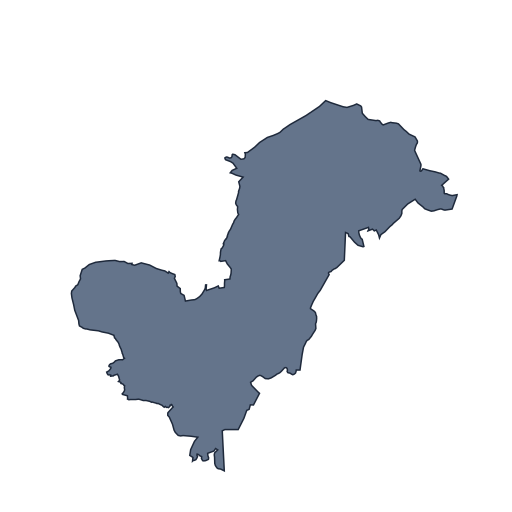 Buteni, Arad, Romania (Robinson projection), rotated 132°
{"feature_id": "2599482B88924594549942", "entity_name": "Buteni", "entity_type": "district", "adm_level": 2, "iso_a3": "ROU", "parent_name": "Romania", "parent_adm1": "Arad", "projection": "robinson", "projection_center": [22.098, 46.317], "detail": "fine", "context": "isolated", "style": "filled", "palette": "slate", "viewbox_px": 512, "rotation_deg": 132, "n_neighbors": 0, "source": "geoboundaries", "source_scale": "gbopen_adm2", "svg_char_len": 6102}
<svg xmlns="http://www.w3.org/2000/svg" viewBox="0 0 512 512"><g transform="rotate(132 256 256)"><path d="M442.2,289.3L442.9,288.0L443.3,286.6L442.9,285.8L442.4,285.4L441.7,284.3L442.6,283.6L440.4,281.7L439.8,281.8L436.6,279.9L437.3,277.7L439.4,274.4L440.1,274.2L441.3,274.2L440.7,273.0L440.4,271.9L440.5,271.5L441.1,271.1L440.5,269.9L440.2,268.7L440.5,267.6L440.3,266.9L442.0,265.7L443.2,264.2L444.2,263.6L446.0,263.2L448.0,263.2L448.2,262.6L445.9,258.0L446.7,257.2L447.6,256.2L448.3,255.8L447.9,254.3L446.7,253.3L443.3,249.5L441.0,247.5L440.2,246.1L438.8,243.0L437.0,241.1L435.1,237.7L434.6,235.8L434.1,235.6L432.1,231.6L431.9,230.7L431.1,230.2L430.3,227.3L429.8,226.0L429.9,224.7L429.8,223.0L428.5,222.8L428.5,222.0L428.4,221.2L427.9,220.9L427.6,220.5L427.4,219.7L426.4,219.5L425.3,219.4L424.4,220.0L423.9,219.6L423.0,219.6L422.8,219.1L423.2,218.6L423.6,216.5L424.6,216.6L431.4,216.6L432.2,216.1L433.5,214.9L433.7,212.7L436.9,205.5L440.2,200.4L441.1,197.9L441.4,193.8L440.2,191.7L438.2,190.0L433.5,183.8L429.6,178.0L434.9,177.7L443.6,175.0L448.5,171.8L447.9,168.1L450.9,165.9L450.0,165.8L449.0,165.0L447.6,164.4L445.8,164.7L444.1,165.3L443.6,166.6L442.6,167.2L442.1,166.1L442.0,163.7L441.4,162.2L443.0,161.0L443.8,158.7L443.2,157.7L441.8,156.5L439.0,155.3L437.7,156.1L436.7,158.0L435.0,159.9L429.1,156.8L426.1,157.2L425.7,154.7L430.0,155.0L431.7,154.0L433.2,152.2L437.8,147.8L438.9,146.0L439.6,143.3L439.4,141.8L438.0,139.7L436.9,135.8L408.5,164.1L405.8,163.0L396.9,153.1L384.7,156.4L376.9,159.6L374.6,158.5L370.4,160.6L368.4,158.2L355.7,161.5L355.7,163.5L355.1,172.7L353.5,175.5L350.8,174.7L345.8,174.7L343.8,174.2L342.2,173.4L341.6,172.3L341.2,170.3L340.9,167.1L339.0,164.6L336.5,163.2L331.6,161.7L329.7,161.4L328.0,160.6L326.7,160.2L324.8,160.0L320.1,160.0L319.3,159.5L318.7,158.7L318.8,157.6L319.7,156.3L320.9,155.7L321.4,154.4L321.0,153.5L320.3,152.4L320.0,150.5L319.6,149.2L318.4,148.6L316.6,148.3L315.0,149.0L313.8,149.8L311.3,147.0L298.3,155.8L291.9,159.7L288.9,160.5L285.6,161.5L284.2,161.5L282.9,160.9L278.6,161.1L276.4,161.6L271.8,162.3L269.8,163.0L266.5,166.4L264.8,167.0L263.6,167.8L262.0,169.0L260.4,170.5L259.5,172.3L258.4,173.8L258.1,175.1L258.1,176.1L258.7,180.3L257.9,180.9L255.1,181.9L251.4,183.1L247.5,183.9L242.6,185.0L238.5,185.3L220.9,189.2L220.5,190.3L219.9,190.9L218.8,190.8L218.2,190.3L217.3,189.8L215.8,189.9L213.0,189.2L212.6,188.8L210.5,188.2L200.1,187.5L178.6,205.2L177.7,202.5L179.3,200.0L178.8,199.0L179.8,192.1L179.8,187.4L177.5,182.6L176.7,182.2L172.5,188.3L172.7,189.6L172.1,191.3L171.4,192.9L169.9,195.2L168.5,196.5L159.5,191.6L160.8,189.8L161.9,189.8L162.4,189.6L158.1,187.4L158.1,185.5L158.2,184.9L156.2,184.0L158.2,179.0L160.0,176.3L156.5,177.5L151.6,176.4L144.6,176.2L141.4,175.7L140.0,175.8L132.2,174.8L129.2,175.2L126.8,176.1L124.9,177.8L123.6,178.5L115.9,178.1L107.3,175.7L108.2,171.1L107.8,164.8L108.0,162.2L106.7,158.8L105.4,155.7L103.4,154.0L100.2,152.2L97.7,150.5L96.9,149.4L96.2,147.5L95.5,146.3L89.9,141.7L77.3,146.8L75.9,147.6L79.8,150.6L80.9,152.5L81.7,154.3L82.1,155.9L83.5,157.6L83.3,158.3L81.8,159.6L81.0,160.5L80.5,161.4L79.7,162.0L79.6,163.0L79.2,163.9L79.2,165.3L70.0,164.3L69.4,167.5L69.5,168.4L70.0,169.7L71.0,174.2L71.8,175.4L73.6,179.2L76.4,184.0L79.5,190.3L82.0,190.0L82.8,190.3L83.1,191.2L78.6,193.8L77.5,194.8L71.7,208.2L71.3,208.9L68.5,210.3L66.7,211.1L65.5,211.5L64.2,211.7L63.2,212.3L62.5,213.1L61.1,217.5L63.0,223.8L62.9,227.8L63.1,230.6L62.5,238.6L63.4,240.6L65.9,244.1L66.5,245.3L68.7,246.7L73.5,249.2L73.7,250.6L73.3,253.2L72.9,254.5L73.7,256.3L75.1,257.4L79.5,264.1L79.3,268.2L78.8,272.5L74.7,277.2L74.4,278.6L75.6,282.9L78.8,284.3L84.7,287.8L86.8,291.1L89.0,296.1L92.1,303.2L93.9,308.2L102.4,308.9L118.1,312.8L135.4,318.6L143.5,320.6L148.0,320.9L150.5,321.8L154.8,323.8L160.3,326.9L169.3,329.3L176.0,329.8L184.8,331.6L186.7,333.4L187.5,332.0L190.0,330.0L191.9,330.0L194.2,331.9L194.8,339.4L195.9,341.4L196.6,341.5L198.3,340.3L199.5,340.2L200.9,341.1L201.6,343.3L202.3,344.3L203.8,344.8L204.4,344.2L204.8,343.0L202.9,338.1L202.4,335.2L203.7,329.0L208.3,331.0L211.4,330.8L210.6,329.3L209.3,325.1L206.0,318.4L212.4,318.5L215.0,314.6L216.6,313.5L219.7,312.2L220.5,311.4L227.2,308.1L228.5,307.7L230.3,306.5L231.0,305.3L231.4,303.9L231.4,303.0L231.8,302.5L233.9,300.9L236.1,298.4L236.8,296.7L241.2,296.1L242.3,296.1L244.6,295.7L246.3,294.9L248.0,294.6L253.0,292.9L255.7,292.5L257.0,292.1L257.5,292.0L257.5,291.8L259.3,291.2L260.8,290.5L260.8,290.2L263.2,289.6L263.3,289.8L265.7,289.6L266.1,289.4L268.8,288.5L268.6,287.9L270.0,287.1L272.7,286.5L274.0,286.7L274.9,286.2L277.0,284.9L278.9,283.3L280.8,282.1L284.2,280.2L283.6,279.4L283.5,279.0L283.6,278.6L279.8,275.5L281.1,272.1L281.8,267.6L282.2,265.8L283.0,265.0L285.5,263.0L287.0,262.1L288.6,261.4L290.6,260.0L294.6,263.4L295.3,262.7L297.3,261.2L299.3,259.4L300.6,258.5L304.6,261.8L303.5,264.0L307.4,265.6L314.7,269.7L314.0,270.9L310.6,273.5L311.2,274.1L314.0,272.1L315.7,271.6L320.3,270.7L323.8,270.7L327.1,271.4L329.3,272.2L332.1,274.7L336.7,278.3L333.4,283.1L334.2,286.9L333.1,288.4L330.9,290.5L331.2,294.5L329.3,296.5L327.2,301.7L325.3,302.3L324.1,303.9L325.2,306.7L325.9,308.9L325.8,310.2L327.5,309.8L328.1,313.8L329.6,316.5L332.0,321.7L333.9,329.0L337.9,336.7L344.1,340.0L345.5,342.7L344.4,343.2L347.3,346.2L348.3,350.3L351.4,353.6L353.6,357.8L357.1,361.3L360.2,364.3L368.0,371.0L373.9,374.2L379.5,375.1L382.2,376.2L388.3,373.5L390.4,371.1L393.6,370.3L396.6,369.2L399.1,369.9L400.5,369.5L405.3,369.5L407.4,368.1L410.3,364.7L414.3,358.8L417.6,354.4L422.6,344.7L425.0,342.1L426.1,340.4L425.4,337.6L425.3,336.0L424.3,333.9L423.4,332.8L421.9,329.9L417.0,323.0L415.5,319.7L412.1,314.0L410.0,308.5L410.3,308.3L410.9,307.1L411.5,306.4L411.4,305.2L411.8,304.3L412.4,300.6L413.3,298.5L413.9,297.7L414.8,295.8L415.6,293.7L416.4,292.5L416.7,291.9L417.2,291.1L417.8,290.4L418.2,289.3L420.0,286.4L420.0,285.3L422.4,285.7L423.2,286.7L425.0,288.6L428.0,290.3L429.8,290.3L431.6,290.7L433.4,291.9L434.7,292.1L435.7,291.9L436.3,291.6L436.4,291.2L436.3,290.6L435.7,289.5L436.1,289.0L436.6,288.8L437.3,288.6L439.9,288.5L442.2,289.3Z" fill="#64748b" stroke="#1e293b" stroke-width="1.5"/></g></svg>